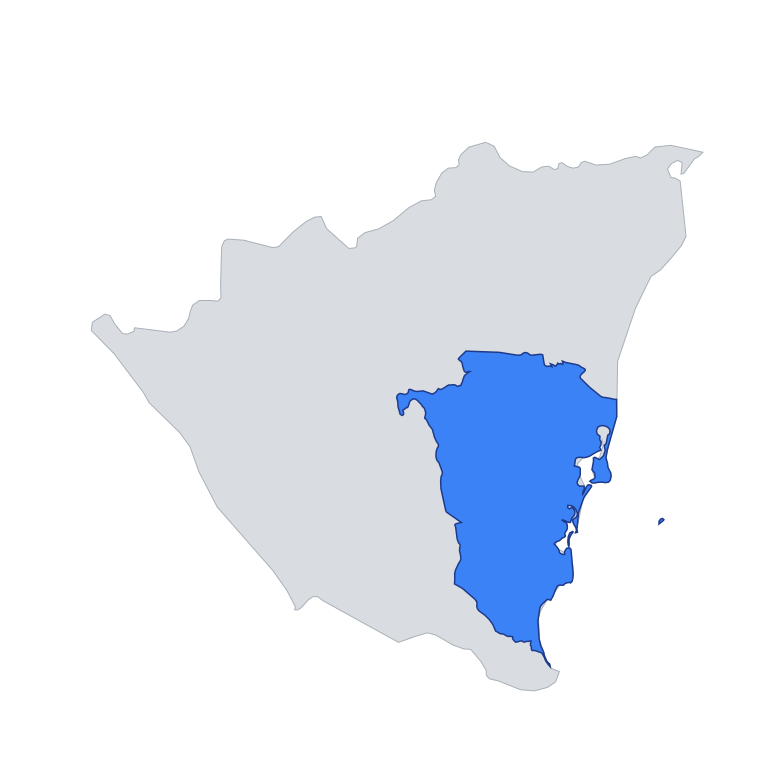 where Atlántico Sur sits in Nicaragua, rotated 9°
{"feature_id": "NIC-644", "entity_name": "Atlántico Sur", "entity_type": "Autonomous Region", "adm_level": 1, "iso_a3": "NIC", "parent_name": "Nicaragua", "parent_adm1": "", "projection": "orthographic", "projection_center": [-84.133, 12.113], "detail": "fine", "context": "in_parent", "style": "filled", "palette": "blue", "viewbox_px": 768, "rotation_deg": 9, "n_neighbors": 0, "source": "natural_earth", "source_scale": "10m", "svg_char_len": 8330}
<svg xmlns="http://www.w3.org/2000/svg" viewBox="0 0 768 768"><g transform="rotate(9 384 384)"><path d="M662.7,105.2L659.2,110.0L655.3,113.2L647.3,128.9L644.5,130.3L643.9,118.7L639.0,117.2L633.4,121.4L630.3,127.3L635.2,135.1L639.6,135.2L644.8,137.3L659.2,190.9L656.2,200.5L647.5,215.5L639.1,228.2L630.8,236.1L620.5,270.0L611.2,325.0L618.1,374.4L614.8,420.1L617.8,430.9L618.7,444.3L611.8,446.8L607.8,446.4L603.8,438.1L604.2,430.9L608.4,422.3L610.0,410.8L608.1,404.8L604.0,417.9L596.8,423.8L592.1,425.9L587.5,432.5L592.4,445.0L598.7,454.2L600.7,460.8L598.5,468.6L597.1,495.3L594.8,494.5L592.5,490.9L585.9,490.7L585.1,501.5L585.6,507.5L580.0,512.1L578.0,516.8L582.6,520.0L587.7,522.0L594.0,521.5L599.2,534.7L600.8,545.5L588.8,555.4L584.8,563.7L578.0,573.6L574.2,583.4L573.1,590.5L577.7,612.7L586.0,628.5L592.9,638.5L602.2,640.7L600.1,651.3L593.1,658.0L580.4,663.6L566.5,664.6L543.7,659.4L534.3,658.7L530.7,655.9L529.6,650.7L523.1,642.9L511.1,632.5L504.2,633.2L493.0,631.0L474.3,623.8L465.6,623.0L453.2,629.0L438.8,636.9L404.0,624.4L379.7,615.6L357.7,607.6L351.9,604.5L347.1,605.1L342.9,609.2L338.1,616.5L336.6,618.6L334.0,620.6L331.2,621.1L331.1,617.6L320.4,603.1L303.4,585.6L238.5,531.6L214.8,499.4L202.2,476.3L190.1,464.2L155.2,439.4L147.2,429.5L112.8,396.4L86.5,376.9L86.3,368.7L97.3,358.7L102.7,359.2L108.4,366.6L117.7,375.0L122.1,375.1L128.7,371.3L128.9,367.5L164.5,366.3L170.9,364.2L177.4,358.2L180.8,349.9L181.4,341.7L182.8,336.0L188.6,330.4L199.0,328.7L207.0,328.2L209.5,324.4L207.2,312.1L203.2,282.1L202.3,273.7L203.9,267.5L207.1,265.3L222.9,263.9L252.6,266.7L258.4,264.9L270.5,248.0L281.7,235.6L289.6,230.0L295.8,228.4L303.0,239.5L328.0,255.6L332.2,254.6L334.7,253.8L335.5,251.5L335.1,244.2L341.5,237.5L354.5,231.6L367.7,221.1L380.9,206.0L392.3,197.2L402.0,194.6L405.7,190.5L403.4,184.9L404.2,176.9L408.1,166.6L413.8,160.7L421.1,159.1L424.0,155.8L422.5,151.0L424.0,145.6L430.6,136.9L446.5,129.4L455.6,131.9L463.1,142.1L473.7,148.9L487.5,152.6L498.2,151.3L505.8,145.0L512.6,143.1L518.7,145.6L521.9,144.1L522.3,138.8L525.4,137.6L531.4,140.5L536.6,141.2L541.3,139.8L543.1,137.3L544.0,134.6L547.4,132.6L559.3,134.6L572.7,131.5L587.4,123.4L597.2,119.8L602.1,120.7L607.9,116.6L614.6,107.5L630.0,103.4L662.7,105.2Z" fill="#d9dde1" stroke="#a8b0b8" stroke-width="1"/><path d="M616.1,362.8L619.0,379.8L614.8,414.5L614.8,422.2L615.2,423.4L617.1,427.2L618.3,431.4L621.9,436.4L622.8,439.7L622.5,443.7L621.1,445.8L618.5,446.7L614.4,446.9L611.2,447.5L608.0,448.7L605.0,449.2L602.5,447.8L603.4,446.8L606.1,445.0L606.9,444.1L607.0,442.6L606.5,440.5L605.7,438.7L602.8,436.2L603.0,427.6L602.4,424.3L603.1,424.0L603.4,423.5L604.2,423.5L608.7,424.9L611.9,420.8L612.9,414.9L611.3,410.9L611.2,409.9L612.4,408.7L612.8,406.9L613.0,399.6L614.3,398.2L614.7,397.3L614.3,393.8L611.8,391.7L608.4,390.8L605.1,391.1L602.4,392.7L601.3,395.1L601.4,397.8L602.4,400.1L605.2,401.6L605.5,401.9L605.7,404.5L605.9,405.4L606.5,406.3L607.0,406.7L607.5,407.2L607.7,408.6L607.7,410.8L607.4,411.7L606.8,412.7L607.3,413.3L608.6,415.4L604.6,417.8L597.8,423.5L593.7,425.3L588.1,425.9L585.8,426.7L584.9,428.4L584.9,435.2L585.0,435.4L585.5,435.1L586.6,435.2L588.2,435.5L589.2,435.5L590.1,435.7L591.1,437.0L592.0,442.8L591.5,445.6L590.6,448.3L590.1,450.8L591.1,453.2L593.5,454.3L597.5,453.5L598.2,455.5L598.1,456.8L597.4,459.4L597.3,460.9L597.5,461.7L598.1,460.5L600.1,453.8L600.9,452.1L602.1,451.4L604.6,451.7L605.1,452.7L599.2,464.8L596.3,480.4L597.3,497.2L598.3,500.1L597.4,500.6L596.4,501.0L597.0,498.3L596.0,496.0L592.8,492.0L591.5,488.7L592.6,487.3L594.4,486.0L595.5,482.9L594.8,480.7L593.1,478.1L590.8,475.9L588.4,474.8L584.5,475.2L584.7,477.2L586.8,478.4L588.4,476.6L589.4,476.6L591.6,478.9L592.4,480.2L592.8,482.0L592.4,484.2L590.4,487.0L590.2,489.2L589.5,491.7L587.2,491.7L581.9,490.1L581.2,490.6L582.8,491.5L585.9,492.8L586.7,493.8L587.2,495.2L587.5,496.9L587.6,498.6L587.3,499.8L586.2,502.2L585.9,503.2L586.1,503.9L586.6,504.7L586.9,505.5L586.7,506.4L586.0,507.2L584.7,507.8L584.2,508.2L581.8,511.3L581.1,511.7L580.0,512.1L578.7,513.1L577.6,514.3L577.1,515.4L578.8,516.6L580.8,518.4L582.6,520.5L583.7,523.0L584.6,523.7L585.9,524.1L587.2,524.3L589.1,524.1L589.2,523.5L588.7,522.6L588.5,521.6L589.4,519.1L590.1,517.7L591.2,517.2L593.4,517.1L594.6,518.2L600.6,542.2L600.9,546.8L600.8,548.5L600.7,549.5L600.2,550.3L599.2,551.3L598.9,550.9L597.1,551.3L595.3,551.9L595.2,552.2L594.1,552.6L592.9,554.5L591.7,554.9L590.1,555.0L588.9,555.2L587.8,555.7L586.8,556.7L585.5,560.7L584.2,566.9L582.5,571.5L579.8,571.1L579.0,571.1L574.9,576.4L573.7,578.4L573.0,580.6L573.1,593.9L577.0,611.2L579.8,618.0L583.7,624.0L584.9,627.3L588.0,632.2L589.1,633.2L591.5,634.7L592.4,637.2L590.2,635.5L586.8,631.9L585.0,628.8L582.6,625.7L581.9,625.1L580.9,624.8L575.8,623.8L574.4,623.7L573.4,623.7L572.6,624.1L572.2,624.1L571.7,623.9L571.2,623.2L571.0,622.7L570.9,621.3L570.7,620.6L570.0,619.9L569.5,619.0L569.3,617.9L569.5,615.5L569.5,615.1L569.3,614.8L568.9,614.8L567.1,615.6L565.2,615.9L563.0,617.0L562.0,616.9L560.7,616.4L559.9,616.3L559.0,616.5L558.5,616.6L557.0,617.5L555.9,617.8L554.8,618.4L554.3,618.3L553.6,618.0L552.3,616.9L550.9,615.5L550.8,615.2L550.7,614.8L550.8,613.7L550.4,613.5L549.6,613.4L545.5,613.9L543.9,613.4L541.8,612.5L540.6,612.3L539.8,612.3L538.4,612.5L537.8,612.4L535.7,611.7L534.4,611.0L534.0,610.9L533.6,610.9L533.0,610.6L532.4,609.8L529.8,605.5L528.6,604.0L525.0,600.3L519.9,596.6L513.8,593.5L512.6,592.6L511.5,591.4L510.5,589.4L510.3,587.7L510.2,586.1L509.4,584.3L507.4,582.3L493.4,573.6L484.9,570.4L484.4,565.3L483.5,560.3L483.5,558.6L483.9,556.0L485.7,549.7L487.0,546.7L487.3,544.2L486.0,540.1L484.6,536.7L484.4,533.3L484.6,531.7L484.3,530.9L483.5,530.0L482.4,529.1L480.5,525.6L477.2,514.3L476.3,512.6L476.1,511.6L477.1,510.7L482.1,508.7L465.7,500.7L464.8,499.4L456.7,478.7L455.1,470.9L454.9,466.5L455.7,463.6L455.3,461.6L450.8,453.5L450.0,452.7L449.1,451.9L448.2,450.9L447.3,449.3L446.6,447.2L446.1,442.9L446.3,440.7L446.6,439.1L447.4,437.3L447.5,436.5L447.3,435.7L446.5,434.3L444.8,432.6L442.1,428.5L439.3,422.2L438.6,421.0L434.9,417.5L431.8,413.0L431.1,412.3L429.7,411.6L429.5,410.6L429.8,408.5L429.7,406.1L429.1,404.4L428.0,402.3L427.3,401.4L426.5,400.7L425.3,400.1L424.3,398.5L423.7,398.2L420.0,395.3L417.6,394.0L415.2,394.1L412.7,396.3L412.1,397.9L411.6,401.5L411.0,403.5L410.7,403.4L409.6,404.1L408.7,404.9L408.7,405.3L408.3,405.5L406.6,407.1L407.9,409.3L408.0,411.2L407.0,412.2L404.8,411.5L401.5,404.4L400.5,399.9L400.0,398.5L398.8,395.9L398.6,394.7L398.9,393.4L399.4,392.4L400.2,391.5L401.3,390.9L403.2,390.8L404.6,391.0L406.2,391.1L407.4,390.6L408.9,389.3L409.3,388.1L409.3,386.0L409.8,385.4L411.0,385.2L412.1,385.4L414.4,386.1L415.8,386.3L417.4,386.2L419.2,385.9L422.7,384.9L423.9,384.7L431.5,386.1L433.2,386.6L433.7,386.0L435.3,385.0L436.1,384.2L437.4,382.3L438.3,380.1L440.9,380.6L443.8,378.6L446.5,376.0L448.4,374.7L449.9,374.6L452.3,373.9L454.1,373.8L455.7,374.3L456.5,374.8L457.1,374.9L458.5,373.9L459.2,373.6L459.8,373.7L460.1,373.6L460.4,371.6L461.1,369.9L461.2,368.0L462.0,363.6L462.6,362.5L465.3,359.5L466.8,358.3L466.4,358.3L465.7,358.4L464.0,359.4L463.3,359.5L462.4,359.5L462.1,359.4L461.5,359.0L460.8,358.0L458.9,354.1L458.0,351.3L457.0,350.0L456.5,349.6L454.9,348.9L454.0,348.0L453.5,347.7L454.3,346.1L459.8,338.7L492.9,334.7L510.7,334.7L513.2,334.3L514.8,333.8L516.4,332.0L517.7,331.2L518.7,330.8L519.5,330.8L520.5,330.9L521.2,331.1L522.0,331.5L522.9,332.0L524.4,332.5L525.6,332.4L533.3,330.3L535.1,330.1L536.1,330.3L536.4,331.0L538.9,338.7L539.4,339.7L540.1,340.5L540.9,340.7L542.0,341.2L545.1,340.3L547.1,340.7L546.0,338.8L545.4,338.1L547.8,338.5L549.8,339.3L551.3,339.0L552.4,336.2L553.2,336.8L553.8,336.9L555.0,336.2L555.8,336.2L557.0,336.9L557.5,336.3L557.4,335.0L556.6,333.5L558.0,333.7L558.5,334.1L560.4,334.3L570.8,334.7L573.3,335.0L574.6,335.6L575.6,336.2L576.9,336.7L579.1,337.4L580.1,337.9L580.6,338.5L580.5,339.2L580.2,340.0L579.7,340.7L577.3,343.7L576.9,344.5L576.6,345.2L576.5,346.0L576.6,346.7L577.0,347.2L577.5,347.8L587.2,354.8L599.8,362.2L602.1,362.9L607.4,362.7L613.8,363.1L616.1,362.8ZM591.2,514.4L590.2,510.9L589.9,506.1L590.8,502.0L593.5,500.1L593.8,500.3L593.9,500.5L593.8,501.0L593.0,502.3L592.1,504.5L591.4,506.8L591.2,509.0L592.0,513.8L592.0,515.5L591.2,514.4ZM677.5,479.3L677.2,476.4L678.4,474.1L680.2,473.2L681.7,474.3L681.2,475.2L677.5,479.3Z" fill="#3b82f6" stroke="#1e3a8a" stroke-width="1.5"/></g></svg>